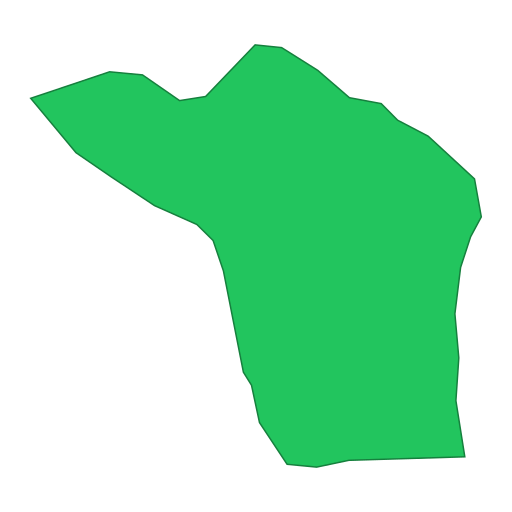 outline of San Bartolomé Milpas Altas, Sacatepéquez, Guatemala
{"feature_id": "79465075B34478073333157", "entity_name": "San Bartolomé Milpas Altas", "entity_type": "district", "adm_level": 2, "iso_a3": "GTM", "parent_name": "Guatemala", "parent_adm1": "Sacatepéquez", "projection": "orthographic", "projection_center": [-90.687, 14.601], "detail": "fine", "context": "isolated", "style": "filled", "palette": "green", "viewbox_px": 512, "rotation_deg": 0, "n_neighbors": 0, "source": "geoboundaries", "source_scale": "gbopen_adm2", "svg_char_len": 518}
<svg xmlns="http://www.w3.org/2000/svg" viewBox="0 0 512 512"><path d="M287.1,464.3L316.6,467.1L348.9,460.3L464.8,456.8L455.9,400.7L458.8,357.9L454.9,313.8L460.6,267.4L470.6,236.8L481.3,216.9L474.5,178.9L428.2,136.2L397.6,120.2L381.2,103.6L349.4,97.7L317.8,70.4L281.6,47.6L255.1,44.9L205.6,96.5L179.6,100.6L142.5,74.9L109.6,71.8L30.7,98.3L76.0,152.7L110.8,176.6L154.5,205.6L196.9,224.5L213.1,240.5L223.4,270.8L243.4,372.2L251.5,385.2L259.5,422.6L287.1,464.3Z" fill="#22c55e" stroke="#15803d" stroke-width="1.5"/></svg>